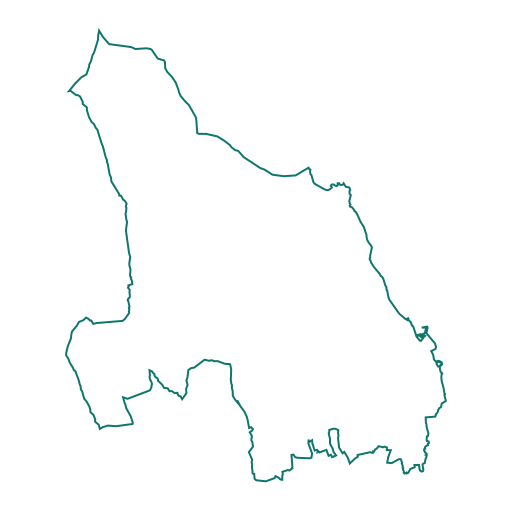 Holmestrand nor, Vestfold, Norway (orthographic projection)
{"feature_id": "86288312B24065042628748", "entity_name": "Holmestrand nor", "entity_type": "district", "adm_level": 2, "iso_a3": "NOR", "parent_name": "Norway", "parent_adm1": "Vestfold", "projection": "orthographic", "projection_center": [10.216, 59.512], "detail": "fine", "context": "isolated", "style": "outline", "palette": "teal", "viewbox_px": 512, "rotation_deg": 0, "n_neighbors": 0, "source": "geoboundaries", "source_scale": "gbopen_adm2", "svg_char_len": 6031}
<svg xmlns="http://www.w3.org/2000/svg" viewBox="0 0 512 512"><path d="M445.8,401.0L444.4,394.8L445.0,394.1L444.3,392.7L443.5,387.8L441.7,381.1L441.3,377.7L441.7,373.8L443.0,373.3L441.7,373.3L440.5,371.5L439.9,369.1L439.8,366.5L442.0,364.5L441.9,363.6L439.5,366.1L438.1,366.5L436.7,364.3L436.4,362.8L438.5,361.7L441.9,363.0L440.5,361.5L438.4,360.8L436.0,361.5L434.5,360.3L433.8,358.9L433.2,354.9L431.2,351.1L435.4,349.0L436.1,347.2L434.9,343.3L426.4,333.2L427.6,327.5L427.1,326.6L421.7,327.6L426.2,327.6L424.8,333.2L421.7,334.6L425.1,335.8L424.6,336.5L421.2,335.8L420.5,334.2L417.0,335.2L417.1,335.8L419.0,335.5L423.1,338.2L420.8,340.9L419.8,340.6L416.5,336.5L413.1,326.2L411.8,325.4L411.0,322.5L408.7,320.0L407.9,320.4L406.7,319.6L408.9,317.8L406.4,319.2L405.4,318.9L399.3,313.8L389.3,299.6L388.5,297.5L387.1,290.3L386.6,289.9L386.3,286.9L385.4,285.6L383.3,278.9L382.4,277.1L380.5,275.8L380.0,274.3L374.1,267.2L371.1,262.6L370.3,260.1L369.8,259.7L369.7,258.1L370.2,257.4L370.2,255.3L371.9,247.6L371.2,245.8L368.6,242.5L367.2,239.8L366.5,236.8L366.5,235.0L363.7,226.7L360.6,222.0L357.6,215.1L355.7,211.8L354.5,211.2L354.4,210.3L352.1,207.4L350.1,206.6L349.7,205.8L350.5,204.8L349.7,203.4L349.3,201.1L350.8,195.1L349.6,193.8L349.5,191.2L350.2,190.2L349.3,187.5L345.8,186.8L343.6,183.3L342.8,184.7L341.0,185.0L339.7,184.4L339.1,183.3L337.7,183.2L337.6,185.5L336.1,186.1L333.2,184.4L332.1,184.4L330.8,185.6L331.8,187.6L329.5,189.5L327.7,190.2L325.0,189.6L315.0,184.0L313.5,182.4L311.4,175.0L310.6,174.3L310.0,172.1L310.4,169.6L309.2,169.1L308.5,167.7L295.7,175.4L283.9,176.2L272.4,174.7L264.7,169.7L260.2,168.0L243.8,157.2L238.2,150.9L235.1,150.1L231.4,147.2L230.0,145.1L224.1,140.6L217.3,136.4L206.2,133.9L199.1,133.9L197.2,133.1L196.5,122.2L196.1,118.2L195.5,116.7L188.9,105.0L185.4,101.7L180.7,96.1L179.0,92.3L178.3,89.4L175.7,82.5L171.9,76.9L167.2,71.8L165.3,68.5L164.9,62.0L164.0,60.4L157.8,58.6L151.6,49.6L150.2,48.9L146.3,48.3L135.4,49.0L131.3,47.1L109.1,44.1L102.8,36.8L99.1,30.7L98.1,35.9L98.1,39.2L97.1,42.8L94.1,52.4L92.5,55.2L91.0,61.2L89.3,64.4L89.0,67.0L86.4,74.4L81.2,77.4L75.0,83.7L69.0,91.1L70.6,90.9L76.3,95.2L77.8,95.1L80.0,96.4L82.7,101.9L82.7,104.0L86.7,107.2L87.0,108.6L86.8,109.8L89.0,117.1L91.5,121.9L93.9,124.0L95.8,127.9L97.3,129.5L101.4,142.8L102.9,146.5L105.8,157.6L107.1,160.6L106.8,161.8L107.6,163.3L109.7,174.7L111.1,177.7L111.3,181.3L119.2,194.1L119.3,195.6L121.0,195.7L123.3,199.9L124.6,200.5L126.6,203.5L125.8,206.5L126.4,207.7L126.0,212.1L125.5,213.8L126.4,219.8L127.1,221.8L125.9,230.4L129.0,252.8L130.2,256.9L129.3,263.4L129.4,265.5L130.5,269.4L130.0,275.7L131.2,277.6L130.8,278.0L132.0,281.3L132.3,284.1L128.4,285.4L128.8,286.3L128.0,287.7L129.7,289.8L129.5,292.4L129.9,296.2L129.5,297.7L128.1,298.9L127.7,300.4L128.2,300.7L129.5,306.7L128.8,307.7L129.3,308.9L128.9,311.5L129.2,313.0L124.8,319.0L122.6,320.9L96.8,323.0L93.3,323.9L91.3,320.5L89.9,320.5L88.7,319.0L86.1,317.6L83.3,320.2L79.0,321.9L76.9,325.6L72.3,331.1L71.5,333.3L70.9,338.5L67.7,346.6L66.2,353.1L66.2,355.5L68.2,358.4L69.8,362.8L73.1,368.0L73.7,369.9L75.3,371.1L78.7,380.1L79.9,384.9L80.5,385.5L80.9,389.6L82.2,391.4L84.1,398.6L86.4,401.2L89.3,406.4L90.4,410.1L90.4,412.1L93.6,415.1L95.2,419.4L95.1,421.7L98.6,424.6L99.9,428.9L102.7,427.2L107.8,425.6L116.2,426.2L132.5,424.0L132.8,422.9L130.8,416.4L126.1,407.9L125.4,404.4L124.7,403.3L123.1,397.3L127.5,398.8L149.8,390.4L151.5,387.2L151.5,385.4L152.0,384.1L151.2,381.3L150.3,380.2L149.5,377.0L149.9,375.2L149.5,370.2L152.3,371.6L152.8,372.7L154.5,374.2L154.5,375.6L155.5,377.1L157.5,378.4L158.1,379.6L158.0,380.7L162.3,384.8L164.0,387.9L167.7,388.3L169.5,391.2L171.8,391.1L174.7,393.1L177.4,392.8L177.9,394.7L179.1,396.1L180.7,396.4L182.1,399.2L186.4,393.2L186.1,388.8L187.6,385.0L186.4,380.5L187.5,377.3L188.3,370.2L190.9,368.2L194.2,367.6L204.6,359.7L209.2,360.8L211.5,360.2L214.3,361.2L217.6,361.1L224.8,363.8L229.9,364.1L230.3,365.0L231.2,369.3L230.8,380.1L231.4,384.0L232.0,385.1L231.8,387.8L232.7,391.2L232.8,395.7L234.9,399.4L237.4,402.4L237.3,400.4L240.5,406.4L244.3,411.5L246.7,416.6L247.6,419.8L249.1,428.0L251.1,427.2L252.9,429.2L252.1,430.6L249.7,432.3L251.4,434.9L252.0,437.0L251.4,438.5L251.4,440.4L252.3,441.9L253.0,446.6L248.9,452.1L252.2,459.8L251.6,462.2L252.2,464.6L251.9,466.2L252.7,473.6L254.2,473.9L254.6,478.9L256.4,480.3L265.9,481.3L274.6,478.1L275.5,476.2L278.5,477.6L280.5,479.5L282.2,479.8L282.3,475.9L282.8,473.9L282.4,471.8L287.7,470.1L289.4,470.5L292.3,468.4L291.9,467.9L292.4,466.8L291.5,454.9L293.3,454.6L295.3,457.2L297.5,457.8L309.7,458.3L311.4,457.8L312.1,453.5L308.4,443.5L308.6,439.6L309.3,441.9L312.1,440.2L312.4,443.8L313.1,444.7L313.2,446.1L314.7,450.5L317.0,449.8L317.8,450.6L317.4,452.3L319.1,451.8L319.5,452.4L326.4,449.9L328.6,455.8L330.9,454.8L332.2,457.2L336.1,455.4L333.5,451.9L332.7,448.7L330.4,444.5L330.0,443.2L330.0,438.8L328.7,433.3L329.1,433.0L329.3,429.9L333.5,428.7L335.6,428.8L338.3,430.2L338.0,432.9L338.5,435.3L338.0,437.8L339.1,447.7L342.6,453.3L344.3,451.9L347.7,457.5L349.8,463.5L355.2,458.3L357.8,456.8L357.6,455.0L370.2,452.2L372.7,453.0L373.2,451.3L374.1,451.6L375.1,449.5L376.7,448.6L378.6,446.2L383.2,447.3L384.4,446.6L386.9,447.5L386.8,450.1L390.8,450.2L388.2,457.2L387.2,462.7L391.7,463.1L398.8,459.2L400.7,459.1L402.1,462.6L401.7,463.3L402.8,466.0L402.6,467.4L403.2,468.1L402.8,468.7L403.8,471.4L403.7,472.6L404.4,473.5L406.4,472.6L406.6,473.4L408.2,472.9L410.4,468.9L414.7,467.3L414.5,465.0L418.9,465.0L418.8,465.7L419.4,467.2L419.3,468.2L420.1,470.7L421.9,471.6L423.0,471.1L423.4,470.0L422.5,464.8L422.9,463.9L424.7,463.1L425.5,459.2L426.3,457.2L426.7,455.2L426.2,455.0L426.7,454.8L426.5,453.5L424.8,452.3L424.8,451.3L424.0,450.4L424.3,449.0L425.1,448.7L424.9,447.5L425.8,446.2L427.9,445.2L427.8,443.8L428.9,442.9L428.6,441.4L426.9,441.0L426.6,440.2L426.9,436.5L428.0,435.9L428.4,433.4L426.7,427.3L426.4,424.0L425.9,423.1L425.7,417.4L435.3,416.6L435.8,415.4L435.7,414.4L437.0,413.2L438.0,411.3L438.1,410.1L439.3,408.2L441.0,407.0L441.7,403.6L445.8,401.0Z" fill="none" stroke="#0f766e" stroke-width="2"/></svg>